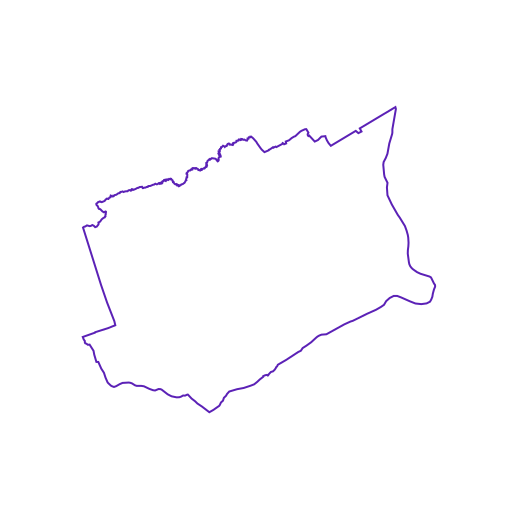 Sai Ngam, Kamphaeng Phet, Thailand, rotated 333°
{"feature_id": "78962969B50416991150341", "entity_name": "Sai Ngam", "entity_type": "district", "adm_level": 2, "iso_a3": "THA", "parent_name": "Thailand", "parent_adm1": "Kamphaeng Phet", "projection": "mercator", "projection_center": [99.833, 16.445], "detail": "fine", "context": "isolated", "style": "outline", "palette": "violet", "viewbox_px": 512, "rotation_deg": 333, "n_neighbors": 0, "source": "geoboundaries", "source_scale": "gbopen_adm2", "svg_char_len": 6107}
<svg xmlns="http://www.w3.org/2000/svg" viewBox="0 0 512 512"><g transform="rotate(333 256 256)"><path d="M114.8,152.1L104.8,211.4L102.2,229.7L100.2,249.7L99.2,253.8L91.3,253.1L78.8,251.0L78.0,250.9L77.7,251.2L64.9,249.5L64.6,252.1L64.9,254.0L64.3,255.2L64.2,256.2L65.1,257.2L65.9,258.8L67.5,259.4L68.2,266.7L67.1,270.4L65.7,277.9L67.4,278.8L67.0,286.1L67.5,291.0L66.7,296.1L66.4,301.1L66.6,302.1L67.9,305.7L68.7,306.8L70.0,308.2L72.2,308.5L76.5,308.3L79.5,308.5L85.2,311.0L86.3,311.8L87.6,313.1L89.5,316.3L90.8,317.6L94.9,319.7L97.0,321.2L100.6,325.9L103.3,328.8L105.0,330.0L108.8,330.3L110.5,331.3L111.3,332.3L114.5,339.1L115.7,340.8L117.1,342.7L121.1,345.9L123.5,347.0L125.3,347.3L127.6,347.2L129.5,348.2L131.8,348.3L132.4,348.6L133.9,353.8L135.8,357.8L136.8,360.8L139.5,365.6L143.5,374.0L148.0,373.8L155.2,372.8L156.1,372.3L158.3,370.6L160.9,369.9L163.0,367.8L165.9,366.9L167.5,365.8L170.6,364.6L178.7,366.1L185.1,368.0L192.2,369.1L196.1,369.5L200.0,368.7L203.4,367.7L207.6,366.9L207.9,366.3L210.0,366.4L211.8,366.9L212.3,367.9L212.8,367.8L213.6,367.2L216.6,366.1L218.8,366.5L221.0,365.8L222.7,364.9L223.3,364.3L224.7,363.9L226.1,362.8L235.5,362.3L250.1,360.7L252.9,360.8L255.8,359.2L260.0,358.8L266.0,357.9L272.4,356.1L274.2,355.7L276.2,355.6L278.6,355.8L283.2,357.7L303.6,357.0L310.5,357.3L312.8,357.7L328.7,357.9L338.5,358.4L344.3,358.1L347.9,357.6L351.5,355.3L356.1,354.1L360.6,354.1L363.7,355.7L366.5,358.8L372.6,366.3L376.5,370.7L381.4,373.9L386.5,375.7L390.3,375.7L392.3,374.4L394.6,372.4L396.5,369.8L399.4,366.6L401.5,364.8L402.0,364.1L402.4,362.7L402.1,361.6L402.2,355.2L402.1,354.3L401.2,353.0L394.5,346.5L392.1,343.4L389.8,339.0L389.2,337.3L388.8,335.2L388.9,332.9L389.4,331.0L392.3,322.8L394.0,319.7L396.1,316.6L397.9,313.5L400.0,308.7L400.8,306.2L401.7,301.7L402.3,296.9L401.5,287.0L401.0,283.8L400.4,271.7L400.7,261.6L403.8,254.3L406.4,250.5L406.5,243.9L407.2,241.5L410.8,232.5L412.4,230.2L416.1,227.6L419.5,224.6L425.9,216.2L432.7,209.1L433.5,208.0L435.1,204.9L447.4,188.5L447.8,186.6L406.4,189.4L406.5,193.0L403.0,193.0L401.7,189.8L372.7,191.8L371.9,188.3L371.7,185.1L371.9,181.9L372.2,180.7L368.5,179.3L363.9,180.8L360.3,180.7L358.1,172.9L357.4,173.1L356.9,172.3L357.3,170.9L358.7,169.9L358.4,165.8L357.2,165.3L353.3,165.1L351.5,165.3L345.4,167.1L344.1,166.9L341.3,167.1L338.0,167.9L334.5,167.5L334.0,169.4L331.8,169.2L331.7,168.5L331.0,167.5L330.3,168.1L323.6,168.2L323.1,167.4L320.6,167.4L320.5,166.8L317.1,167.3L315.7,167.2L315.4,167.6L315.2,167.6L310.7,167.3L309.4,163.8L309.0,161.8L308.2,156.3L308.1,154.4L306.9,149.8L305.9,147.5L305.3,147.6L305.0,147.1L304.4,147.5L303.4,147.0L302.6,148.0L301.8,147.5L301.2,148.5L300.4,149.1L299.4,148.4L298.4,146.9L297.4,146.7L296.8,145.5L296.0,145.0L295.6,145.8L294.8,145.7L294.2,144.7L293.6,144.3L293.3,144.4L292.7,145.2L290.9,144.5L290.5,145.3L289.5,145.6L287.9,145.2L287.5,145.4L287.2,145.0L286.7,145.0L286.2,145.5L286.1,146.4L285.7,146.6L284.2,145.3L283.3,145.0L283.3,143.9L282.8,143.4L281.6,143.3L281.1,144.0L280.3,144.0L279.7,144.7L278.6,144.3L277.7,144.7L277.6,144.2L276.7,142.8L275.1,143.4L274.2,143.2L273.6,144.3L272.6,144.2L272.2,144.7L271.6,144.8L271.7,145.4L271.5,146.0L270.3,145.8L270.3,147.2L269.8,147.0L269.7,147.5L269.0,147.7L269.0,148.3L269.3,148.8L270.0,148.6L270.1,150.2L269.9,150.8L269.4,150.2L268.9,150.2L269.1,151.3L267.5,151.4L266.7,152.3L266.5,153.3L266.1,153.9L265.2,154.3L264.8,154.3L264.7,154.0L265.1,153.7L265.2,153.3L264.4,152.6L264.5,151.9L263.9,150.8L261.1,148.8L260.4,149.1L259.4,148.7L259.3,149.1L258.7,149.3L258.6,148.9L258.1,148.7L257.9,148.9L257.4,148.9L255.8,149.4L255.0,150.4L253.8,150.6L253.9,151.8L253.1,152.2L253.5,153.0L253.1,153.3L252.7,154.0L252.3,154.1L251.9,153.6L250.8,154.3L250.4,154.1L249.8,154.6L249.3,154.2L249.0,154.4L248.4,154.2L247.7,154.2L247.2,153.7L246.7,153.5L246.3,153.7L246.3,154.6L245.7,154.4L245.0,154.5L244.7,153.8L243.7,153.3L243.9,152.7L243.5,151.7L243.0,151.5L242.6,150.4L242.0,150.2L241.8,150.7L241.5,150.7L240.6,149.4L239.7,149.2L239.4,148.9L238.9,149.0L238.8,149.9L238.6,150.1L237.6,149.9L237.1,149.4L236.1,149.9L235.6,149.6L234.3,149.4L233.7,150.0L231.7,150.7L231.4,151.2L231.9,151.7L231.8,152.2L230.6,154.3L230.1,154.3L230.1,154.8L229.4,154.9L228.5,156.0L228.4,156.8L227.6,156.8L227.2,157.3L225.4,158.4L225.0,158.3L224.0,158.6L222.9,158.6L222.0,158.3L221.1,158.7L220.3,158.4L219.7,158.9L219.3,158.9L218.9,158.8L219.0,157.6L218.2,157.5L218.4,157.1L218.2,156.4L217.5,156.4L217.5,155.6L216.6,155.4L216.1,154.4L216.1,153.6L215.5,152.6L215.6,152.4L216.1,152.2L215.7,151.3L216.0,150.7L215.4,149.4L215.5,148.8L215.1,148.4L214.4,148.7L213.6,147.8L213.1,147.9L212.5,148.4L212.0,147.8L211.3,147.9L211.3,147.3L211.0,147.3L210.8,147.7L210.3,147.7L209.6,148.2L209.3,147.8L209.7,146.8L208.6,146.5L207.5,147.3L206.7,146.9L206.2,147.1L206.1,147.8L205.7,148.4L205.0,148.6L204.6,147.8L204.1,148.3L203.1,148.1L203.1,147.7L203.5,147.3L203.0,147.0L202.3,146.9L201.1,147.3L200.1,147.1L199.1,145.9L197.5,146.1L196.9,145.8L193.6,145.6L191.8,144.8L190.9,145.3L189.8,144.8L188.7,144.9L187.3,144.3L186.6,144.4L185.9,144.1L185.9,142.6L183.5,141.7L182.2,141.9L181.3,141.5L179.2,141.6L176.7,141.4L176.4,141.2L176.4,140.5L175.6,140.0L175.2,140.2L174.7,141.0L174.1,141.0L173.5,140.0L172.2,139.6L171.0,140.0L170.6,139.9L169.8,139.4L168.2,138.9L167.1,138.9L166.4,137.9L165.3,137.8L164.5,137.4L163.8,137.5L163.1,138.1L161.8,137.6L159.4,138.0L157.9,137.6L156.9,137.6L156.4,138.1L155.5,138.0L154.8,137.6L154.9,136.9L154.2,136.8L153.9,136.3L152.8,137.6L151.9,137.4L150.3,138.2L150.1,138.1L149.5,137.3L148.9,137.1L148.3,137.4L147.4,137.5L146.8,138.0L145.7,138.2L143.0,138.0L142.4,137.2L141.9,137.1L141.7,136.5L139.6,136.3L138.9,136.7L137.5,136.9L137.2,137.4L137.1,138.5L137.6,139.4L137.5,141.4L137.3,141.9L137.5,142.8L138.5,143.6L139.4,146.5L140.3,148.0L142.1,148.0L142.4,148.4L142.3,148.8L141.5,149.5L141.3,150.4L140.4,151.1L139.9,152.3L139.2,152.4L138.8,152.9L137.4,152.8L135.1,153.3L132.7,154.6L130.8,154.6L130.5,155.7L129.9,156.4L127.5,157.5L125.8,157.3L125.2,155.4L124.2,154.1L122.5,154.2L121.4,153.9L119.3,152.0L117.2,152.2L116.3,151.9L114.8,152.1Z" fill="none" stroke="#5b21b6" stroke-width="2"/></g></svg>